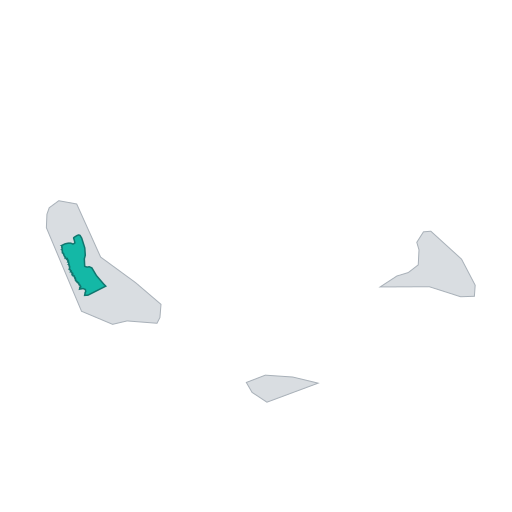 Itsandra-Hamanvou, Andjazîdja, Comoros shown in context, rotated 332°
{"feature_id": "10938185B82482804134728", "entity_name": "Itsandra-Hamanvou", "entity_type": "district", "adm_level": 2, "iso_a3": "COM", "parent_name": "Comoros", "parent_adm1": "Andjazîdja", "projection": "mercator", "projection_center": [43.266, -11.611], "detail": "fine", "context": "in_parent", "style": "filled", "palette": "teal", "viewbox_px": 512, "rotation_deg": 332, "n_neighbors": 0, "source": "geoboundaries", "source_scale": "gbopen_adm2", "svg_char_len": 4037}
<svg xmlns="http://www.w3.org/2000/svg" viewBox="0 0 512 512"><g transform="rotate(332 256 256)"><path d="M142.3,265.2L137.0,268.9L111.7,252.8L97.3,249.0L76.0,222.9L84.2,132.6L91.0,121.0L96.1,116.3L107.8,114.6L122.1,125.9L118.3,184.0L137.2,223.1L149.4,254.1L142.3,265.2ZM422.0,316.2L436.0,355.3L435.8,384.7L429.9,394.1L417.5,388.0L394.6,364.5L351.1,341.6L371.0,339.8L382.7,342.1L395.1,340.0L402.8,327.1L404.4,319.4L415.2,313.3L422.0,316.2ZM231.6,380.1L251.1,397.4L197.0,390.2L188.5,374.6L188.1,363.1L208.3,365.6L231.6,380.1Z" fill="#d9dde1" stroke="#a8b0b8" stroke-width="1"/><path d="M109.4,154.2L107.8,153.9L105.6,154.0L103.8,154.2L103.4,154.5L102.8,157.6L102.3,159.2L102.1,159.5L100.3,159.6L99.8,159.4L99.3,158.6L98.3,157.6L96.2,156.5L93.8,155.8L92.9,155.6L89.4,155.5L89.5,155.6L89.4,156.1L89.2,156.2L89.2,156.3L89.0,156.6L88.9,156.7L88.9,156.8L88.7,157.0L88.8,157.1L88.7,157.3L88.7,157.5L88.6,157.9L88.5,158.0L88.3,158.5L88.2,158.5L88.1,158.8L87.9,159.1L87.8,159.3L87.7,159.3L87.8,159.4L87.7,159.6L87.6,159.9L87.5,160.0L87.6,160.3L87.5,160.5L87.4,160.7L87.4,160.8L87.3,161.0L87.1,161.1L87.1,161.3L86.9,161.5L86.8,161.8L86.8,162.0L86.7,162.1L86.8,162.3L86.7,162.5L86.9,162.6L87.0,162.9L86.9,162.9L87.0,163.1L87.1,163.3L87.1,163.6L87.1,163.8L87.1,164.0L87.1,164.3L87.0,164.5L86.9,164.5L86.9,164.8L86.9,165.0L86.8,165.3L86.7,165.4L86.7,165.5L86.7,165.8L86.7,166.0L86.8,166.3L86.8,166.5L86.8,166.9L86.9,167.1L87.0,167.2L86.9,167.3L87.0,167.4L87.0,167.6L87.0,167.9L87.0,168.0L86.9,168.1L87.0,168.1L87.0,168.3L87.0,168.5L87.2,168.8L87.2,169.1L87.3,169.2L87.2,169.3L87.3,169.4L87.6,169.5L87.8,169.5L88.0,169.7L87.9,169.8L88.0,169.8L87.9,170.0L88.0,170.0L87.9,170.2L88.0,170.2L88.0,170.3L88.0,170.5L88.1,170.9L88.0,171.0L87.9,171.0L87.7,171.4L87.8,171.6L87.8,171.9L87.7,172.0L87.6,172.3L87.4,172.5L87.5,172.5L87.4,172.6L87.5,172.6L87.5,172.8L87.4,172.8L87.4,173.0L87.6,173.2L87.5,173.3L87.5,173.5L87.5,173.9L87.5,174.0L87.4,174.4L87.2,174.6L87.0,174.8L86.9,175.4L86.9,175.6L86.7,175.6L86.8,175.7L86.7,175.8L86.7,176.0L86.5,176.4L86.5,176.5L86.7,176.8L86.6,177.1L86.6,177.5L86.4,177.5L86.1,177.8L86.2,178.1L86.2,178.4L86.2,178.5L85.9,178.8L85.8,179.0L85.7,179.2L85.6,179.3L85.5,179.5L85.4,179.5L85.4,179.8L85.4,180.0L85.3,180.3L85.3,180.5L85.2,180.5L85.4,180.7L85.4,180.8L85.5,180.9L85.4,181.0L85.3,181.3L85.3,181.5L85.5,182.1L85.4,182.1L85.2,182.3L85.3,182.5L85.2,182.6L85.3,182.6L85.2,182.7L85.3,182.7L85.3,182.8L85.2,182.9L85.2,183.0L85.4,183.1L85.4,183.3L85.5,183.5L85.7,183.8L85.7,184.0L85.4,184.3L85.5,184.4L85.5,184.5L85.6,184.8L85.8,185.1L85.7,185.2L85.5,185.4L85.4,185.5L85.5,185.5L85.3,185.8L85.2,186.0L85.3,186.0L85.2,186.1L85.3,186.2L85.3,186.3L85.2,186.3L85.3,186.5L85.1,186.7L85.2,186.8L85.3,186.9L85.2,187.1L85.4,187.1L85.4,187.3L85.5,187.4L85.5,187.5L85.4,187.6L85.5,187.7L85.4,187.7L85.5,187.7L85.5,187.8L85.7,188.0L85.8,188.0L86.1,188.3L85.9,188.5L85.8,188.8L85.9,189.0L85.8,189.3L85.8,189.5L85.7,189.7L85.8,190.0L86.0,190.1L85.8,190.4L86.1,190.6L86.1,190.9L85.9,191.1L85.8,191.3L85.8,191.7L85.8,191.9L85.7,192.0L85.6,191.9L85.6,192.0L85.3,192.4L85.4,192.5L85.4,192.8L85.5,192.8L85.4,192.8L85.4,193.0L85.5,193.3L85.4,193.4L85.5,193.5L85.6,193.8L85.6,194.0L85.8,194.3L85.8,194.5L86.0,194.6L85.9,194.7L85.8,194.8L85.7,195.0L85.7,195.3L85.8,195.5L85.9,195.8L86.0,195.8L86.3,195.9L86.5,195.9L86.6,196.0L86.7,196.3L86.5,196.6L86.6,196.9L86.6,197.0L86.6,197.5L86.4,197.8L86.3,198.0L86.3,198.4L86.5,198.5L86.8,198.6L86.7,199.2L86.9,199.4L86.8,199.6L86.8,199.8L86.7,199.9L86.7,200.0L86.9,200.3L87.0,200.5L86.9,200.7L86.7,201.0L86.5,200.9L86.4,200.9L86.1,201.0L85.9,201.2L85.9,201.3L85.7,201.2L85.7,201.6L85.6,201.8L85.4,201.7L85.3,201.8L85.3,202.0L85.1,202.0L85.1,202.3L84.8,202.5L88.1,203.6L89.6,205.5L89.0,207.4L88.9,207.5L88.2,207.9L88.0,208.1L87.8,208.2L87.2,209.2L87.0,209.4L86.6,209.8L86.2,210.3L89.3,211.7L109.2,212.1L108.3,209.1L105.9,198.4L105.5,189.4L103.7,187.2L101.6,186.5L99.9,184.7L103.1,177.9L105.6,175.2L108.6,168.5L110.5,158.4L110.3,155.2L109.4,154.2Z" fill="#14b8a6" stroke="#0f766e" stroke-width="1.5"/></g></svg>